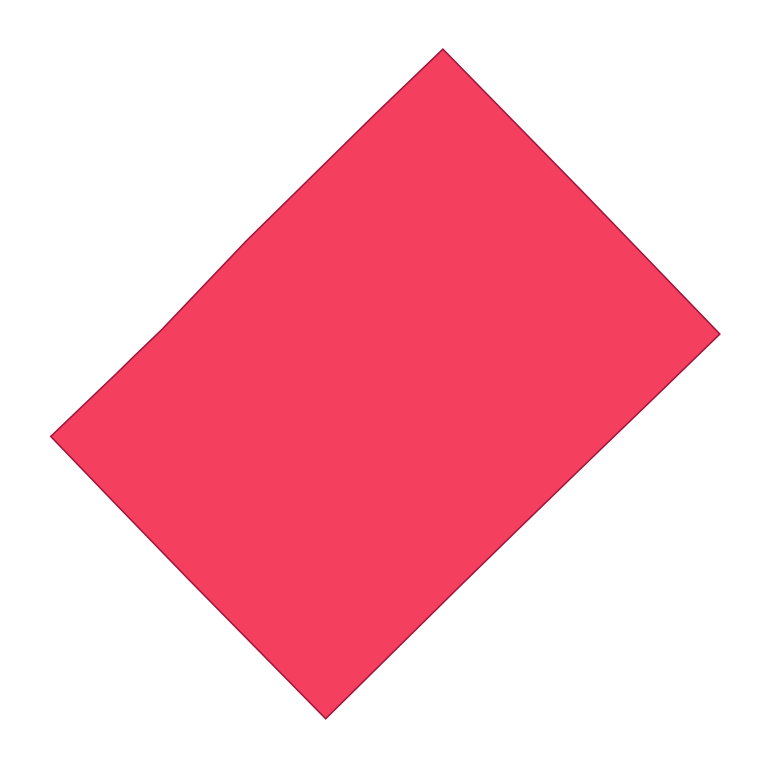 outline of Kent, Michigan, United States of America, rotated 46°
{"feature_id": "52423323B87728930289952", "entity_name": "Kent", "entity_type": "district", "adm_level": 2, "iso_a3": "USA", "parent_name": "United States of America", "parent_adm1": "Michigan", "projection": "natural_earth1", "projection_center": [-85.582, 43.031], "detail": "fine", "context": "isolated", "style": "filled", "palette": "rose", "viewbox_px": 768, "rotation_deg": 46, "n_neighbors": 0, "source": "geoboundaries", "source_scale": "gbopen_adm2", "svg_char_len": 386}
<svg xmlns="http://www.w3.org/2000/svg" viewBox="0 0 768 768"><g transform="rotate(46 384 384)"><path d="M183.7,201.2L185.4,384.2L190.5,506.5L190.4,545.5L190.6,567.7L190.2,660.2L289.5,660.4L387.6,660.3L584.3,658.5L582.2,475.5L581.7,385.4L581.5,291.9L581.6,199.9L581.4,107.7L382.4,107.6L373.4,107.7L184.0,109.0L183.7,201.2Z" fill="#f43f5e" stroke="#9f1239" stroke-width="1.5"/></g></svg>